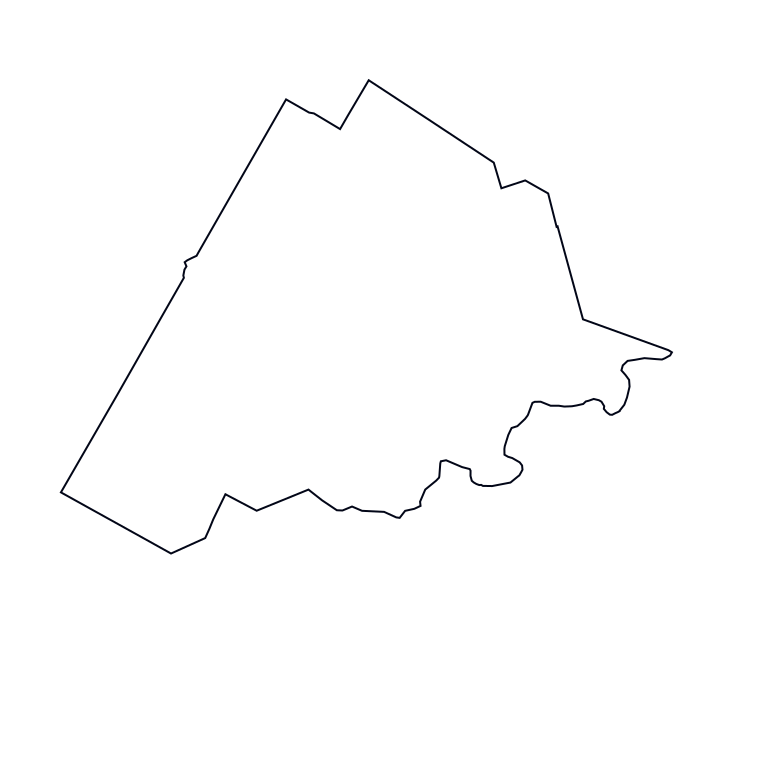 Foni Bondali, West Coast, Gambia (orthographic projection), rotated 120°
{"feature_id": "56634734B65915930660736", "entity_name": "Foni Bondali", "entity_type": "district", "adm_level": 2, "iso_a3": "GMB", "parent_name": "Gambia", "parent_adm1": "West Coast", "projection": "orthographic", "projection_center": [-15.934, 13.231], "detail": "fine", "context": "isolated", "style": "outline", "palette": "ink", "viewbox_px": 768, "rotation_deg": 120, "n_neighbors": 0, "source": "geoboundaries", "source_scale": "gbopen_adm2", "svg_char_len": 1738}
<svg xmlns="http://www.w3.org/2000/svg" viewBox="0 0 768 768"><g transform="rotate(120 384 384)"><path d="M471.3,291.4L467.9,293.9L454.8,295.5L441.6,290.5L437.6,289.5L436.1,290.0L426.0,294.9L424.5,295.6L422.5,296.1L419.0,292.1L416.9,274.8L414.8,267.2L415.8,265.7L420.4,263.1L423.9,259.6L424.4,257.0L424.4,254.0L423.9,251.0L422.8,249.4L422.8,247.4L418.3,239.3L406.1,225.2L396.6,221.6L395.5,221.1L392.5,221.1L389.0,221.2L385.5,223.7L384.0,227.3L384.0,235.9L385.0,240.2L385.0,244.3L380.0,247.3L377.5,248.3L365.9,250.9L358.3,251.5L353.8,247.4L343.7,244.4L339.7,243.9L338.7,243.9L326.1,246.0L324.0,244.5L321.0,239.4L319.5,228.8L315.4,221.7L313.4,216.6L309.3,210.1L306.3,206.5L301.7,201.5L298.2,200.5L296.2,198.4L292.1,194.9L290.6,189.8L290.6,186.8L293.1,182.2L295.6,181.2L297.1,177.1L297.6,173.1L296.6,171.0L293.5,169.0L291.5,167.5L289.7,166.4L289.5,166.6L281.8,165.5L274.2,166.8L263.5,170.0L257.9,173.8L255.4,179.5L253.5,185.2L248.5,186.5L242.2,184.6L237.7,178.9L231.4,171.4L226.3,160.6L223.8,155.5L221.3,153.6L218.1,151.7L216.2,150.5L213.7,150.5L212.6,150.5L212.5,154.6L228.5,244.0L160.7,312.5L161.6,313.1L136.9,337.1L137.1,363.5L155.8,380.2L137.4,399.6L135.3,434.6L132.4,482.8L128.6,549.1L168.6,549.5L185.2,549.5L184.7,580.0L186.4,584.6L186.5,609.4L186.5,611.1L285.3,610.8L362.9,610.5L366.7,610.4L371.1,613.5L375.2,616.2L378.2,617.5L380.9,613.9L384.7,614.0L387.3,613.1L390.4,612.0L392.1,610.4L435.7,610.2L526.6,609.6L639.4,609.6L638.9,579.8L638.0,527.3L637.3,483.7L606.8,461.8L596.8,462.8L586.6,464.2L558.8,466.2L557.4,430.9L513.2,396.6L513.7,393.4L515.7,379.5L516.9,361.7L514.3,356.7L506.1,350.4L504.8,339.6L494.7,320.0L493.4,306.7L492.1,303.5L483.3,302.3L476.9,295.3L471.3,291.4Z" fill="none" stroke="#020617" stroke-width="2"/></g></svg>